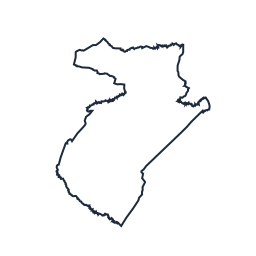 Tap Khlo, Phichit, Thailand, rotated 17°
{"feature_id": "78962969B53438077198492", "entity_name": "Tap Khlo", "entity_type": "district", "adm_level": 2, "iso_a3": "THA", "parent_name": "Thailand", "parent_adm1": "Phichit", "projection": "robinson", "projection_center": [100.596, 16.192], "detail": "fine", "context": "isolated", "style": "outline", "palette": "slate", "viewbox_px": 256, "rotation_deg": 17, "n_neighbors": 0, "source": "geoboundaries", "source_scale": "gbopen_adm2", "svg_char_len": 5756}
<svg xmlns="http://www.w3.org/2000/svg" viewBox="0 0 256 256"><g transform="rotate(17 128 128)"><path d="M90.0,206.6L91.0,207.3L91.3,208.0L91.9,207.7L92.7,208.3L93.6,208.4L93.7,208.9L95.5,209.3L97.6,208.3L98.2,208.3L99.2,208.9L100.2,210.2L100.4,209.8L101.0,209.9L101.4,210.6L102.5,211.0L103.0,211.8L104.6,212.3L104.9,212.1L105.5,212.9L106.9,213.6L107.5,213.5L108.1,214.2L109.4,214.3L110.3,213.7L111.5,214.1L112.2,213.9L112.3,214.3L112.9,214.4L113.8,213.5L114.1,214.3L114.6,214.5L114.5,215.6L115.1,215.5L115.3,216.1L115.7,215.8L116.1,216.4L116.8,216.2L117.5,216.4L117.9,216.1L118.0,216.8L117.5,216.9L117.4,217.5L118.0,217.3L119.0,218.3L119.1,217.5L120.0,218.3L120.1,217.5L120.8,217.4L121.3,218.7L121.6,218.2L121.7,218.8L122.2,218.7L122.3,218.0L122.7,218.6L123.8,218.2L124.3,219.1L124.8,218.7L125.0,219.2L125.3,218.5L126.3,218.3L128.1,218.6L129.0,219.2L129.8,219.0L130.1,218.4L130.5,218.5L131.0,217.0L131.5,217.3L131.7,217.0L131.9,217.3L132.3,216.9L133.8,217.0L134.0,216.7L134.7,217.3L134.6,217.8L135.3,218.3L135.1,219.1L135.7,219.6L136.2,219.5L136.2,220.0L137.2,220.7L138.4,219.9L138.6,219.0L139.7,219.4L140.5,220.2L140.2,221.5L141.2,220.9L141.8,221.0L141.4,222.2L142.1,222.4L142.7,221.7L143.3,222.4L144.4,221.8L145.0,222.1L144.8,221.2L145.6,221.2L150.1,223.7L152.6,214.4L156.4,203.4L159.1,194.3L159.0,191.4L160.9,187.5L160.0,184.9L160.2,183.2L159.2,180.2L160.1,175.3L160.0,174.5L156.2,171.9L155.8,167.3L153.7,166.3L153.5,165.3L155.1,163.0L156.5,159.0L179.9,117.3L184.0,109.7L186.8,103.4L193.3,91.5L194.1,90.1L194.5,91.2L195.2,91.3L195.2,90.7L195.6,90.4L195.3,90.0L195.8,89.3L196.2,89.5L196.9,89.1L197.0,88.5L198.4,87.6L198.8,87.8L199.7,86.4L200.2,86.4L199.8,83.6L198.7,81.5L196.7,78.8L193.6,76.3L193.4,76.9L192.0,76.7L192.1,77.3L191.7,77.7L191.7,77.2L191.0,77.3L190.0,78.8L189.6,80.5L189.1,80.0L188.4,81.2L188.4,82.0L187.6,82.9L187.7,83.7L188.4,83.9L188.9,84.9L188.1,84.7L187.2,85.6L186.4,85.4L185.9,86.2L185.2,85.6L185.5,87.2L184.6,87.1L184.1,88.3L182.8,88.1L182.1,86.7L181.4,87.0L181.1,86.5L180.5,86.9L179.4,86.5L179.0,87.1L178.5,86.1L178.0,87.1L177.5,87.2L177.4,87.7L177.1,87.1L176.7,87.2L176.2,88.3L176.1,87.1L175.8,87.1L175.7,87.8L175.0,88.0L174.8,88.7L174.0,88.6L174.2,87.8L173.3,88.5L172.1,88.2L171.4,87.5L171.7,86.9L170.3,87.9L169.9,87.2L168.9,87.4L168.6,87.2L168.9,88.3L167.4,88.0L167.8,87.6L167.7,86.3L168.4,85.8L168.9,86.5L169.5,85.8L169.1,83.4L171.2,83.1L172.0,81.7L173.4,80.5L173.7,79.2L173.6,77.7L174.5,74.9L174.1,73.5L174.6,72.1L171.1,71.5L170.5,70.8L169.7,71.1L170.0,70.5L169.6,68.8L170.1,69.0L170.2,68.7L169.4,66.6L166.4,65.9L162.1,64.1L160.9,62.8L159.8,59.9L158.7,58.9L157.2,53.8L157.3,47.8L156.6,44.9L157.0,43.7L158.5,41.5L158.6,39.4L156.5,32.3L155.7,32.6L155.5,32.4L154.7,33.0L154.9,34.3L154.6,35.1L154.5,34.7L152.7,34.4L152.5,34.0L150.2,33.7L149.3,33.0L149.0,33.2L149.3,33.7L148.8,33.4L148.1,33.9L147.8,34.7L146.1,34.3L146.3,34.8L145.8,34.6L145.0,36.1L144.5,35.9L144.0,37.1L143.2,37.3L142.7,38.3L142.2,38.2L141.8,39.5L140.8,38.6L140.7,38.9L140.3,38.7L140.1,38.1L139.7,38.5L139.3,38.3L139.2,38.9L138.5,39.2L137.2,38.8L136.6,39.5L136.2,39.5L136.5,39.9L136.0,39.8L135.9,40.1L134.8,39.6L133.3,39.5L132.6,40.3L132.8,40.7L132.2,40.4L132.5,40.9L132.2,41.8L132.6,42.3L132.1,42.3L132.2,42.6L131.8,42.3L132.0,42.7L131.6,42.9L131.5,42.5L131.3,43.3L131.2,42.9L130.8,43.1L130.6,44.1L129.6,43.5L129.8,44.1L129.0,44.9L127.5,44.4L125.8,44.9L124.4,44.4L121.5,44.4L118.2,47.4L117.8,46.3L116.1,46.5L114.4,48.1L113.6,48.2L113.1,49.0L111.0,50.0L110.8,50.6L109.9,50.1L109.6,50.2L109.2,49.6L108.0,50.4L106.8,51.5L106.6,52.7L105.6,52.9L104.6,53.6L104.6,54.3L104.2,54.2L102.9,56.0L102.2,56.1L100.2,54.7L99.8,55.6L98.1,55.3L97.7,54.1L92.2,55.6L90.1,55.8L88.5,54.6L86.2,54.1L86.2,53.5L84.4,52.9L83.4,51.9L80.5,50.7L80.5,50.2L78.3,49.6L76.0,54.3L73.1,58.1L70.3,58.9L63.1,66.9L62.0,66.9L61.3,67.4L58.9,67.4L56.4,69.7L55.8,70.7L57.3,75.8L57.7,83.1L60.6,83.3L60.7,83.9L61.1,83.9L63.3,83.4L66.2,83.5L73.2,81.8L77.1,82.0L77.5,82.5L79.6,82.8L81.2,82.1L82.4,83.1L82.7,84.4L84.1,84.3L85.0,84.8L89.3,83.1L89.6,82.6L92.1,82.2L95.6,83.5L96.4,83.1L99.1,83.2L100.0,83.5L100.0,84.0L101.8,84.7L101.7,89.3L104.9,89.4L108.1,88.2L111.8,87.5L112.7,91.2L114.6,94.1L115.1,94.1L115.4,94.8L114.9,95.0L115.1,95.4L114.5,96.0L114.7,96.4L114.3,97.2L114.0,96.7L113.3,96.9L113.7,97.2L113.6,97.7L112.4,96.9L112.1,98.2L110.6,98.3L111.0,99.0L110.5,99.1L110.5,99.8L109.9,100.6L109.5,100.7L109.4,100.3L108.9,100.8L108.7,101.2L109.2,101.1L109.1,101.5L108.4,101.8L108.5,102.4L108.1,102.1L108.1,102.4L106.7,102.7L106.6,104.0L105.6,104.5L106.2,104.9L106.3,105.5L105.5,105.9L105.6,106.6L105.0,106.9L104.4,105.8L103.7,106.3L103.2,106.2L103.2,107.5L102.6,107.5L102.1,106.9L102.2,108.7L101.7,109.2L101.0,108.4L101.1,107.6L100.1,108.3L98.5,108.1L98.4,108.7L96.6,109.9L94.9,110.2L95.0,111.8L94.2,111.7L94.0,112.2L93.5,112.4L93.1,111.7L92.7,111.7L92.7,112.1L91.8,112.5L91.3,113.4L90.8,112.5L90.1,112.2L90.5,112.9L90.3,113.4L89.4,113.3L89.2,114.0L88.3,114.4L88.3,115.5L87.2,115.7L87.2,116.3L86.0,117.2L85.3,118.5L85.0,118.3L85.0,119.4L83.8,119.6L83.7,120.2L83.1,120.6L83.8,120.9L83.5,122.1L84.0,122.4L83.7,123.2L84.3,123.8L85.7,123.8L87.1,122.5L88.8,122.0L87.2,126.0L84.6,129.6L84.5,133.6L86.1,135.9L86.2,137.0L85.4,139.2L81.2,147.9L78.3,157.0L76.7,155.6L75.8,155.8L74.3,157.5L73.9,159.3L74.5,160.6L72.9,160.8L72.2,175.7L72.5,183.3L71.5,183.9L71.0,184.8L71.4,186.7L73.0,188.4L72.7,188.6L73.0,189.6L72.6,189.9L72.9,190.2L72.5,190.7L73.5,191.7L73.7,192.9L74.3,192.4L74.5,193.3L75.5,193.2L76.0,195.2L76.6,195.1L76.8,194.6L77.0,195.0L77.9,194.7L78.2,195.0L78.1,195.5L78.8,196.3L80.7,195.4L82.1,197.1L82.6,197.1L83.3,198.2L84.6,199.0L84.8,199.4L84.6,199.9L85.8,200.8L85.9,201.8L86.4,202.4L89.2,204.2L88.9,205.0L89.7,205.5L89.7,206.0L90.1,206.2L90.0,206.6Z" fill="none" stroke="#1e293b" stroke-width="2"/></g></svg>